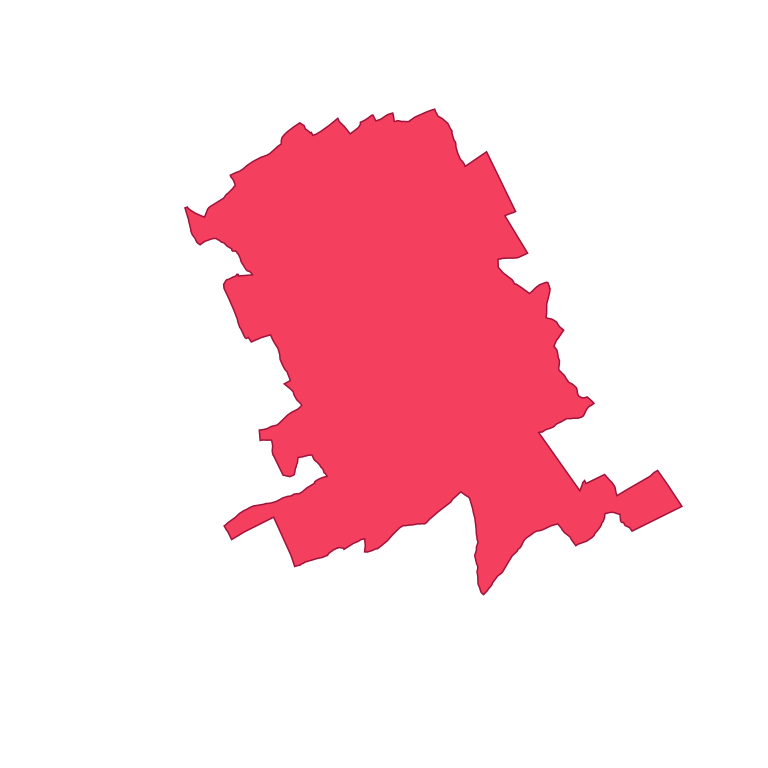 the district of Calotmul, Yucatán, Mexico, rotated 57°
{"feature_id": "50627088B16225885503466", "entity_name": "Calotmul", "entity_type": "district", "adm_level": 2, "iso_a3": "MEX", "parent_name": "Mexico", "parent_adm1": "Yucatán", "projection": "natural_earth1", "projection_center": [-88.115, 20.998], "detail": "fine", "context": "isolated", "style": "filled", "palette": "rose", "viewbox_px": 768, "rotation_deg": 57, "n_neighbors": 0, "source": "geoboundaries", "source_scale": "gbopen_adm2", "svg_char_len": 6170}
<svg xmlns="http://www.w3.org/2000/svg" viewBox="0 0 768 768"><g transform="rotate(57 384 384)"><path d="M212.9,464.1L216.7,466.1L227.1,467.5L239.2,469.5L249.8,471.7L252.9,472.9L258.0,474.2L259.3,474.0L268.8,475.3L269.8,475.1L270.8,474.7L271.1,472.4L276.5,472.4L278.2,461.8L281.0,452.4L285.8,453.2L292.1,453.6L296.2,453.5L302.5,455.4L306.7,457.7L312.3,458.7L317.5,459.2L321.0,458.7L330.1,460.6L329.6,467.6L337.7,465.0L341.2,464.4L344.0,465.4L349.6,465.8L355.1,464.6L357.1,464.7L357.8,467.2L358.1,470.7L357.4,476.7L357.5,481.6L360.0,494.1L360.1,496.5L359.2,498.7L358.2,501.9L357.8,506.2L357.4,507.5L356.6,509.8L354.7,513.7L363.9,518.6L364.9,516.2L367.4,512.7L369.7,509.0L371.7,509.5L375.4,511.2L379.5,514.4L383.1,515.8L383.6,515.6L405.4,518.3L410.4,513.5L410.7,512.3L411.1,509.5L411.0,508.5L408.8,506.2L407.6,505.5L405.1,502.2L404.4,501.7L402.7,499.3L398.8,496.1L400.9,491.6L401.3,489.8L402.1,488.1L402.4,486.6L404.3,483.1L409.2,483.8L411.1,483.5L412.7,482.8L416.9,482.0L419.1,482.2L421.7,481.6L422.7,481.7L425.6,482.6L426.2,482.2L428.7,481.9L430.4,482.1L429.4,485.0L428.4,489.1L428.1,493.0L428.3,495.5L429.4,496.2L429.1,505.1L429.9,511.7L429.8,514.6L427.3,519.5L427.3,522.8L425.7,526.2L424.3,531.3L424.4,532.1L423.8,538.2L422.5,542.9L421.8,544.7L419.8,548.4L419.6,549.7L418.9,551.5L415.1,560.1L414.4,565.0L414.4,567.2L413.9,570.2L413.8,574.8L414.0,576.9L414.9,581.1L415.3,590.5L416.0,594.3L415.9,595.3L420.6,595.7L422.4,595.4L431.5,596.5L432.0,581.4L435.6,549.1L477.3,555.4L488.4,558.3L489.8,553.7L490.2,553.0L490.0,551.5L490.5,548.7L490.3,547.4L494.1,534.6L495.8,530.4L496.6,526.0L497.0,524.8L495.9,522.6L495.8,518.7L495.6,516.4L496.0,514.5L496.0,512.6L496.5,512.3L496.4,511.1L499.6,507.4L500.9,507.6L501.0,496.5L502.0,491.1L501.9,487.9L503.4,484.6L509.3,487.7L514.2,491.7L515.9,489.4L517.2,484.8L517.7,481.0L518.5,479.5L518.6,478.1L517.4,467.0L515.3,459.5L513.2,449.7L513.2,445.1L514.4,443.5L515.8,440.2L517.7,436.8L519.9,431.4L520.6,430.8L521.6,428.7L523.4,426.1L523.4,424.0L522.2,419.3L520.6,407.4L519.4,392.2L518.1,389.4L516.3,378.3L522.4,376.0L524.1,375.0L526.5,374.5L536.7,377.5L541.3,379.4L546.1,380.9L555.4,385.5L560.0,388.2L563.0,389.4L565.0,390.6L566.4,390.8L568.0,391.4L571.1,395.3L573.9,397.2L577.1,401.3L585.3,404.3L587.8,404.6L590.1,406.1L591.9,408.1L597.6,410.7L598.5,411.5L599.4,411.8L602.8,414.0L607.5,414.9L610.4,415.8L612.2,416.0L614.9,415.2L613.6,409.9L612.5,407.4L611.7,404.3L610.7,402.3L610.0,401.5L606.9,393.1L606.6,388.1L606.3,387.1L598.0,370.3L596.8,363.6L595.6,361.5L595.5,359.2L594.7,357.3L591.8,352.4L590.8,349.7L590.6,348.2L590.6,344.3L590.2,339.1L590.4,336.7L590.7,335.4L591.3,334.6L591.9,333.1L592.7,330.2L593.9,321.1L596.0,314.4L601.8,313.8L603.3,314.0L607.3,313.5L613.5,311.3L616.7,311.6L624.1,311.2L624.0,308.9L626.2,299.4L626.0,292.9L625.4,290.4L624.0,288.0L623.4,285.5L622.0,281.4L620.8,278.9L619.3,277.1L618.5,274.9L616.2,271.8L613.1,269.4L614.9,264.2L616.4,261.7L620.8,258.2L621.8,257.1L627.6,260.1L629.3,260.1L630.9,258.6L634.0,258.9L638.1,256.3L642.5,256.1L648.9,200.8L622.9,201.0L605.6,201.6L605.3,205.5L606.3,211.0L605.0,235.9L604.5,249.5L601.8,248.7L596.7,246.6L595.2,246.3L590.2,246.5L588.0,247.1L580.0,248.3L577.5,268.8L574.2,268.3L574.9,270.9L577.1,273.5L580.2,277.9L509.0,280.7L509.2,279.6L510.4,277.7L510.5,276.0L510.3,274.1L510.8,271.4L511.6,269.2L512.2,265.6L512.2,264.3L511.5,261.5L512.2,255.7L512.6,249.5L514.7,246.4L515.7,244.1L518.4,239.8L519.3,236.6L519.4,234.6L518.9,233.2L515.9,228.4L514.7,225.1L514.6,224.2L514.8,221.2L514.6,218.4L511.8,218.9L505.5,220.6L504.8,223.1L504.1,224.6L502.9,225.7L500.0,227.3L497.2,226.8L493.7,225.1L491.8,224.7L486.9,226.0L482.5,228.4L481.4,228.0L479.3,228.3L475.5,228.0L467.4,229.7L465.1,228.2L463.2,226.4L459.7,224.0L456.8,223.5L453.4,221.9L449.7,220.5L444.9,220.9L441.3,215.6L440.6,213.2L436.7,204.0L431.4,205.6L428.0,205.7L426.5,205.4L425.5,205.7L422.2,207.2L420.9,208.0L417.8,211.1L416.3,211.8L413.3,209.1L405.6,204.0L397.1,194.9L394.6,192.9L394.3,193.2L393.0,192.4L388.2,191.3L387.1,192.5L386.9,193.2L385.5,199.4L385.7,203.2L386.4,207.2L386.8,208.5L387.3,212.7L379.5,215.6L372.1,218.8L371.0,220.2L369.1,219.7L366.2,219.8L355.5,223.6L348.4,224.6L341.5,220.5L342.1,219.0L342.6,218.5L343.0,216.6L345.9,211.4L348.3,207.9L350.7,203.6L351.2,201.7L352.5,192.3L308.8,191.0L309.0,189.0L309.9,184.8L310.6,182.5L311.0,179.7L245.1,171.5L245.7,197.4L242.8,196.9L240.0,197.0L236.9,197.6L234.2,197.0L231.0,196.6L224.5,194.6L221.2,192.7L219.6,192.3L217.8,192.5L217.1,192.3L210.5,190.4L208.8,189.1L206.0,189.3L200.4,188.5L193.0,190.6L188.8,192.8L187.4,192.8L185.8,192.4L184.8,192.6L181.1,191.8L180.4,194.1L178.9,200.7L177.0,212.8L177.3,220.6L174.3,224.8L173.8,225.5L173.7,226.3L172.7,226.8L170.5,229.2L170.1,231.2L169.4,232.4L163.7,229.8L161.5,229.1L160.2,233.4L160.0,236.3L160.2,242.5L158.9,247.5L152.3,246.8L151.9,248.8L152.3,252.5L152.2,254.0L152.4,256.1L152.1,257.1L152.1,258.7L151.6,261.3L153.4,262.4L155.0,265.9L155.8,276.1L146.5,277.0L139.5,278.6L136.0,278.0L137.3,289.6L137.7,299.7L137.5,304.9L136.7,308.3L133.4,307.9L133.2,309.2L131.4,309.4L127.1,311.0L123.9,310.3L119.1,312.4L119.2,319.5L119.6,325.2L119.9,328.3L120.6,331.8L121.8,335.4L124.0,337.7L126.8,339.5L126.8,343.1L128.5,353.8L128.4,357.3L126.8,364.2L126.0,372.6L126.1,379.6L126.9,384.8L126.9,389.5L126.0,393.1L125.2,399.2L126.5,399.6L130.9,399.3L135.1,400.1L136.7,400.9L136.8,402.4L137.3,403.3L137.8,405.1L139.3,412.2L139.0,412.6L140.8,417.3L140.5,432.3L140.6,434.6L141.4,436.8L146.3,443.7L141.0,447.3L137.2,449.6L132.4,451.8L129.5,452.7L128.5,452.5L127.9,455.0L137.8,457.9L139.2,458.2L140.3,458.8L149.2,461.9L150.3,462.6L154.3,463.5L159.1,463.2L162.8,463.8L164.4,463.5L167.1,462.4L166.9,460.7L166.9,457.1L166.7,456.1L167.1,455.3L168.2,450.5L169.0,448.0L170.7,445.3L172.0,445.1L173.9,443.7L175.2,443.6L177.0,442.7L178.0,441.4L179.1,441.4L180.0,441.0L182.7,440.6L187.7,438.2L188.9,438.8L190.1,438.5L191.3,436.6L192.9,435.5L194.7,435.9L195.6,435.4L201.2,436.3L202.5,437.0L204.6,437.3L212.8,437.4L214.7,437.0L216.3,435.5L219.5,434.7L220.8,434.9L214.1,447.4L212.8,446.6L211.9,447.5L212.7,450.0L212.0,452.5L211.6,457.3L210.9,458.9L211.1,460.3L212.7,463.2L212.9,464.1Z" fill="#f43f5e" stroke="#9f1239" stroke-width="1.5"/></g></svg>